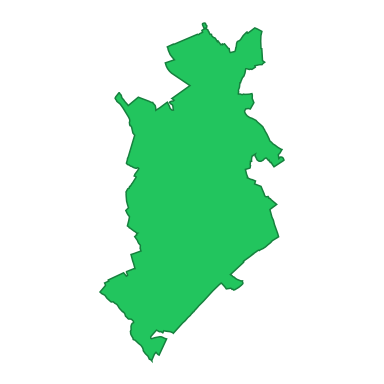 Trusesti, Botosani, Romania (Albers equal-area conic projection)
{"feature_id": "2599482B20479262560509", "entity_name": "Trusesti", "entity_type": "district", "adm_level": 2, "iso_a3": "ROU", "parent_name": "Romania", "parent_adm1": "Botosani", "projection": "albers", "projection_center": [26.998, 47.76], "detail": "fine", "context": "isolated", "style": "filled", "palette": "green", "viewbox_px": 384, "rotation_deg": 0, "n_neighbors": 0, "source": "geoboundaries", "source_scale": "gbopen_adm2", "svg_char_len": 5982}
<svg xmlns="http://www.w3.org/2000/svg" viewBox="0 0 384 384"><path d="M278.6,236.8L277.6,233.3L274.4,224.4L273.4,220.3L271.9,217.0L269.9,209.5L276.7,204.4L270.7,199.4L270.6,199.0L269.6,198.4L269.0,198.3L269.0,198.0L268.1,196.5L266.6,196.8L265.6,196.6L265.0,196.1L264.5,195.2L264.2,194.0L261.0,186.4L254.6,183.9L255.5,181.0L252.5,179.7L250.7,179.3L247.4,177.8L247.8,177.4L246.6,174.4L245.4,169.4L249.8,168.1L250.1,167.8L250.5,165.4L250.2,165.1L250.1,164.4L250.5,161.8L250.4,161.4L251.6,161.3L251.5,159.5L251.7,157.8L252.1,156.1L252.8,155.9L253.0,155.5L255.2,154.2L255.0,154.6L255.0,154.9L255.2,155.7L255.2,156.3L256.0,157.5L257.1,159.9L258.6,161.0L259.1,161.2L260.9,161.3L263.2,160.1L263.8,159.3L265.1,158.3L266.0,158.0L266.5,158.1L268.5,160.5L269.1,160.2L269.4,161.0L270.3,162.5L270.8,162.7L271.2,162.5L272.2,164.3L274.0,166.8L283.2,160.8L284.0,160.1L283.2,158.1L281.9,157.1L280.4,157.0L279.9,157.2L279.3,158.2L278.8,158.6L278.3,154.7L279.9,153.1L282.0,149.5L281.0,149.2L277.8,147.3L275.1,145.2L273.1,144.0L271.6,142.4L269.7,140.7L269.3,139.3L266.9,134.2L265.0,131.0L264.3,129.3L263.6,128.6L263.1,127.2L261.7,125.7L257.4,122.0L256.0,120.4L252.0,118.3L249.8,117.6L247.1,115.8L245.7,114.0L244.8,112.4L244.6,111.1L244.8,110.5L245.7,109.2L245.7,108.9L248.4,108.5L250.3,109.0L253.9,102.7L252.2,98.4L252.3,96.6L252.3,94.9L251.9,93.6L249.2,94.2L244.9,94.4L243.5,94.1L242.2,94.7L240.0,94.0L238.4,94.1L238.3,93.1L238.7,91.8L238.4,91.0L238.6,89.5L239.3,87.8L239.5,87.0L239.9,82.8L240.5,82.8L240.8,81.7L242.4,77.8L243.9,76.1L245.0,73.0L245.7,68.8L246.7,68.7L249.4,69.5L250.3,69.1L251.9,69.4L255.3,67.2L254.8,65.8L259.3,64.7L262.1,64.6L262.8,63.6L264.7,62.2L262.5,60.6L262.5,60.4L261.8,48.9L261.8,48.7L261.0,48.5L260.7,41.2L260.9,35.7L261.9,31.4L257.4,29.0L254.8,27.9L247.7,33.3L247.3,33.1L247.0,32.0L246.6,32.2L243.2,35.6L240.5,39.7L239.3,40.7L237.8,41.3L237.2,41.8L236.6,43.4L236.2,47.0L235.9,47.3L235.3,50.6L234.7,51.5L230.3,52.6L229.7,51.7L229.5,50.8L229.2,48.6L228.6,48.6L228.2,48.2L224.5,43.8L222.5,44.7L222.3,44.0L220.9,44.8L217.9,40.8L217.6,40.8L217.3,41.5L215.3,38.3L214.7,37.8L213.7,37.6L212.4,36.5L211.7,35.7L211.5,34.9L211.5,34.4L210.7,34.2L210.0,34.3L209.2,32.8L209.1,32.1L208.8,31.9L208.4,31.2L208.2,31.0L208.0,30.2L207.7,29.7L205.5,28.6L205.4,28.1L206.2,27.9L206.6,27.5L206.9,25.9L205.6,24.4L205.6,23.7L205.4,23.3L204.2,23.0L202.6,23.6L202.5,24.1L202.5,24.8L204.3,28.9L201.9,30.4L202.6,32.3L199.9,33.6L198.9,34.5L198.3,34.6L197.5,34.3L197.2,34.4L174.7,44.0L172.9,44.5L172.9,44.3L167.3,46.9L167.6,47.7L168.0,48.3L168.1,49.4L168.4,50.4L170.2,54.6L172.2,57.2L174.4,59.8L165.3,62.9L166.3,66.1L167.6,68.7L169.5,71.2L171.6,73.2L190.0,85.6L171.9,98.5L172.5,98.8L173.1,99.5L174.1,100.2L173.2,101.0L171.2,101.3L170.7,101.5L170.3,102.0L169.7,102.0L169.5,102.5L171.0,104.0L172.4,104.8L172.9,106.4L173.1,107.1L173.0,107.7L173.4,110.1L172.4,110.2L171.9,110.1L170.2,108.5L169.1,105.6L167.3,102.2L159.6,107.9L155.8,110.3L155.7,108.0L155.3,105.9L155.0,105.3L153.0,103.1L152.8,102.5L151.0,102.3L149.4,101.4L138.3,97.2L128.2,105.6L127.5,104.5L124.8,101.5L123.4,99.4L122.5,98.6L121.5,97.0L121.6,96.3L120.8,94.6L119.9,93.8L119.4,92.8L118.9,92.8L115.7,96.9L115.1,98.2L115.6,99.2L116.5,100.4L116.9,101.4L120.2,104.1L122.8,107.7L128.4,116.8L129.5,119.0L129.7,120.2L129.8,121.0L129.4,122.4L129.7,124.9L129.9,125.3L130.1,125.1L130.8,126.0L131.6,127.1L132.9,133.0L134.7,135.2L128.2,157.1L127.5,158.4L127.5,159.0L127.0,161.2L126.4,163.2L127.5,164.5L129.0,165.0L130.6,166.1L132.0,166.5L132.4,166.9L134.0,167.7L136.0,168.3L136.7,168.2L137.3,167.7L138.3,168.0L138.8,168.6L137.4,170.9L135.0,174.1L134.2,176.0L136.0,176.7L136.1,177.1L135.8,177.8L134.9,179.1L132.4,183.2L132.0,183.5L130.5,186.0L130.3,186.3L129.6,186.4L129.2,188.2L128.6,188.3L127.7,188.9L126.0,192.0L126.2,193.3L126.1,194.1L126.2,196.2L126.6,201.2L127.5,204.6L128.5,207.8L125.8,210.5L127.1,213.3L128.2,215.1L129.5,216.7L128.7,220.8L127.4,225.9L128.9,227.0L129.2,227.7L130.2,228.2L133.9,231.0L135.3,231.8L137.0,233.3L137.5,233.3L136.4,234.4L136.7,235.0L134.7,236.6L137.5,240.6L137.8,241.6L138.7,243.4L140.2,245.0L140.4,245.4L140.2,247.5L140.3,247.8L140.1,248.3L140.5,248.9L140.5,249.8L141.0,251.0L132.3,254.1L131.0,254.5L132.7,260.9L133.6,263.5L135.0,268.6L133.9,268.7L126.5,271.6L126.5,272.2L127.7,275.1L127.3,275.6L126.4,276.2L123.6,272.8L108.2,280.0L108.3,280.5L108.7,281.1L104.6,283.0L105.2,284.2L105.4,285.1L105.4,285.6L100.0,292.0L101.7,293.6L104.8,295.2L107.1,298.4L110.9,301.8L111.7,302.0L113.1,301.7L114.9,303.3L116.6,304.2L117.6,305.3L119.4,308.3L122.6,311.8L123.1,311.7L124.6,313.4L125.0,314.3L125.5,316.1L127.3,317.8L127.8,318.5L128.8,319.1L130.0,319.0L131.5,319.3L133.4,321.2L133.6,322.6L132.3,323.3L131.6,324.3L131.0,326.3L131.1,329.8L130.5,331.2L130.4,331.8L130.7,332.2L130.6,333.0L130.7,333.8L131.1,334.9L133.0,338.2L133.2,339.5L135.1,340.2L138.6,343.5L140.9,345.3L142.5,347.6L143.2,349.5L143.3,350.8L145.4,353.7L148.0,356.2L149.4,359.3L150.4,359.4L151.9,361.0L151.8,360.3L154.4,354.2L156.0,352.3L157.9,354.4L159.1,355.1L166.6,338.9L164.8,338.4L161.7,336.9L160.0,336.7L154.7,337.7L151.7,338.7L150.8,338.3L150.7,336.7L156.5,330.1L159.3,331.7L161.1,331.7L162.8,332.8L163.9,330.7L165.9,331.2L170.2,331.7L172.8,332.7L173.3,333.3L182.6,323.0L185.3,320.6L187.8,317.6L190.3,315.4L191.4,313.9L192.6,312.8L192.6,312.4L193.8,311.7L195.0,310.0L195.8,309.4L196.4,308.4L197.1,307.9L198.6,306.0L203.4,301.2L212.9,290.8L219.6,284.3L220.8,283.5L221.0,283.1L221.4,283.1L222.0,283.7L224.8,286.8L226.3,288.9L230.9,288.2L232.0,289.3L232.6,289.1L232.9,289.2L233.5,290.0L234.7,289.8L238.7,287.4L241.4,285.2L242.8,283.7L242.9,283.4L242.7,282.1L242.2,281.4L242.4,280.9L240.8,280.9L236.9,279.3L235.5,278.4L234.4,277.3L232.7,276.5L231.9,275.5L230.4,274.6L243.6,262.3L243.8,261.6L243.5,261.4L244.0,260.8L250.0,256.5L252.5,254.6L252.2,254.6L252.9,254.0L258.4,250.2L259.4,250.5L260.2,249.8L263.3,248.4L264.1,247.8L265.4,247.0L268.1,244.6L270.2,243.0L271.4,241.8L271.4,241.6L272.6,240.5L278.6,236.8Z" fill="#22c55e" stroke="#15803d" stroke-width="1.5"/></svg>